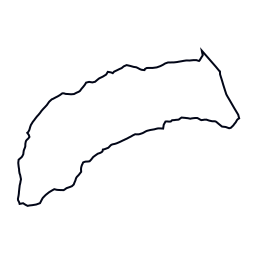 West Mugirango, Nyanza, Kenya, rotated 89°
{"feature_id": "3690345B36875351103563", "entity_name": "West Mugirango", "entity_type": "district", "adm_level": 2, "iso_a3": "KEN", "parent_name": "Kenya", "parent_adm1": "Nyanza", "projection": "robinson", "projection_center": [34.939, -0.572], "detail": "fine", "context": "isolated", "style": "outline", "palette": "ink", "viewbox_px": 256, "rotation_deg": 89, "n_neighbors": 0, "source": "geoboundaries", "source_scale": "gbopen_adm2", "svg_char_len": 3534}
<svg xmlns="http://www.w3.org/2000/svg" viewBox="0 0 256 256"><g transform="rotate(89 128 128)"><path d="M130.4,105.8L129.8,101.8L129.2,99.4L128.9,97.8L129.0,95.4L129.2,92.9L127.6,92.6L125.3,92.2L122.2,90.4L122.1,88.9L122.3,87.2L122.3,85.2L121.6,84.4L121.0,83.8L120.9,81.4L120.7,80.1L120.6,78.2L120.5,77.2L119.5,75.8L118.5,74.3L118.6,73.3L118.9,70.6L119.1,69.3L119.2,68.2L119.8,65.5L119.5,64.1L119.3,62.2L119.2,61.0L119.2,58.6L119.8,57.4L120.8,55.8L121.4,54.6L121.2,52.6L121.0,51.5L121.0,49.5L122.0,46.7L122.7,43.8L122.8,41.3L123.0,40.3L123.5,39.5L125.6,37.1L128.2,34.0L128.7,30.3L130.0,26.9L129.6,25.2L128.5,24.0L127.2,22.6L126.2,21.9L124.2,20.2L122.0,18.9L121.2,18.2L120.3,16.7L116.6,17.6L110.2,21.3L107.5,22.8L101.9,25.9L98.2,28.0L96.1,29.1L92.2,30.3L86.5,32.0L82.8,33.0L76.0,35.0L73.0,35.1L72.5,35.8L71.8,36.3L68.4,39.0L51.9,52.9L53.6,52.6L56.6,52.0L59.8,54.1L61.5,55.1L62.2,55.8L61.3,58.6L61.3,61.6L61.6,65.1L61.5,68.7L61.8,71.0L62.1,72.8L62.3,74.1L62.7,76.7L62.9,77.8L63.2,80.9L63.2,84.0L63.2,86.9L64.1,89.7L65.4,91.9L66.7,94.6L67.9,98.2L68.3,101.7L68.4,102.8L68.3,104.5L68.3,107.2L68.4,108.4L69.4,110.1L70.4,110.5L70.3,111.6L70.0,113.5L69.3,115.2L68.6,116.4L67.7,118.1L67.4,118.8L67.0,121.3L66.0,124.6L65.1,128.3L66.3,131.2L68.0,133.3L68.9,135.5L70.0,137.8L71.4,140.9L72.9,142.3L72.2,143.8L71.9,145.1L71.5,147.2L74.2,148.9L76.2,152.3L77.8,155.8L78.2,156.4L79.7,158.3L81.2,160.1L81.8,162.8L81.2,166.1L81.9,169.1L84.0,170.4L86.1,172.1L87.1,173.0L88.1,173.9L90.0,175.3L90.9,176.6L91.8,178.8L93.1,181.4L93.3,184.3L93.0,187.3L92.9,188.7L92.8,189.8L92.2,191.6L92.2,193.1L93.9,195.5L95.2,197.8L96.1,199.7L97.6,202.6L98.0,203.7L100.3,206.3L101.5,207.2L103.6,208.7L105.7,210.7L106.6,211.6L107.4,212.4L109.5,214.3L111.3,215.6L113.5,217.5L114.3,218.3L115.2,219.1L117.2,220.7L118.3,221.5L120.1,223.0L122.0,224.2L123.2,225.0L125.3,225.8L128.0,226.6L130.1,227.7L131.1,228.8L133.0,227.4L135.2,226.7L136.0,227.3L136.8,227.9L138.1,229.4L139.0,230.1L139.7,230.4L142.0,230.9L144.5,231.0L145.8,231.4L147.4,232.1L148.7,232.6L151.1,233.0L152.2,233.1L153.1,233.5L154.7,234.4L155.3,234.9L155.9,235.6L157.8,237.9L160.6,238.3L161.5,238.3L162.6,238.2L164.8,238.0L167.6,237.6L168.8,237.6L169.6,237.5L171.6,237.2L172.6,236.8L173.4,236.6L175.7,236.2L176.7,236.0L177.5,235.9L179.6,236.4L180.8,236.6L181.6,236.8L183.5,237.3L185.1,237.5L186.5,237.7L188.2,237.9L189.6,238.1L191.8,238.3L193.7,238.6L195.1,238.9L197.0,239.3L198.2,239.2L200.0,238.3L200.7,238.0L202.0,237.7L201.4,234.2L203.0,231.8L204.1,229.7L203.9,228.7L203.7,227.6L203.5,225.2L202.9,221.1L201.6,217.3L200.5,216.7L197.7,215.2L196.4,214.4L194.0,212.0L193.2,211.1L192.6,210.3L190.9,208.1L189.2,205.2L187.9,202.8L188.6,200.1L188.7,198.8L188.8,197.9L189.0,193.4L188.0,191.8L187.1,190.6L186.1,187.5L185.2,185.1L183.5,183.2L182.6,182.9L180.8,182.1L179.5,181.5L177.8,181.0L176.9,180.6L176.0,180.0L174.0,178.0L172.1,176.5L171.0,175.6L168.4,175.7L167.4,175.6L166.7,175.5L165.0,175.0L164.0,174.6L163.3,174.2L161.7,173.5L161.3,172.6L160.9,171.2L160.8,169.4L160.8,168.5L160.6,167.0L159.1,165.5L158.0,164.6L156.4,163.3L154.9,161.2L153.2,158.7L152.4,156.2L151.6,154.7L150.8,153.9L149.1,153.5L148.9,152.2L148.2,150.2L147.4,148.0L146.5,147.1L144.9,145.5L144.4,144.7L144.0,143.4L143.7,141.7L143.4,140.6L143.1,139.6L142.0,136.9L141.3,135.3L140.3,133.2L140.0,132.4L139.5,131.4L138.6,129.3L137.4,127.0L136.7,125.5L135.3,123.0L134.4,121.0L134.5,118.6L134.5,117.5L134.3,116.4L133.7,114.5L133.4,113.6L133.0,112.7L132.0,110.9L131.4,109.7L131.1,108.8L130.4,105.8Z" fill="none" stroke="#020617" stroke-width="2"/></g></svg>